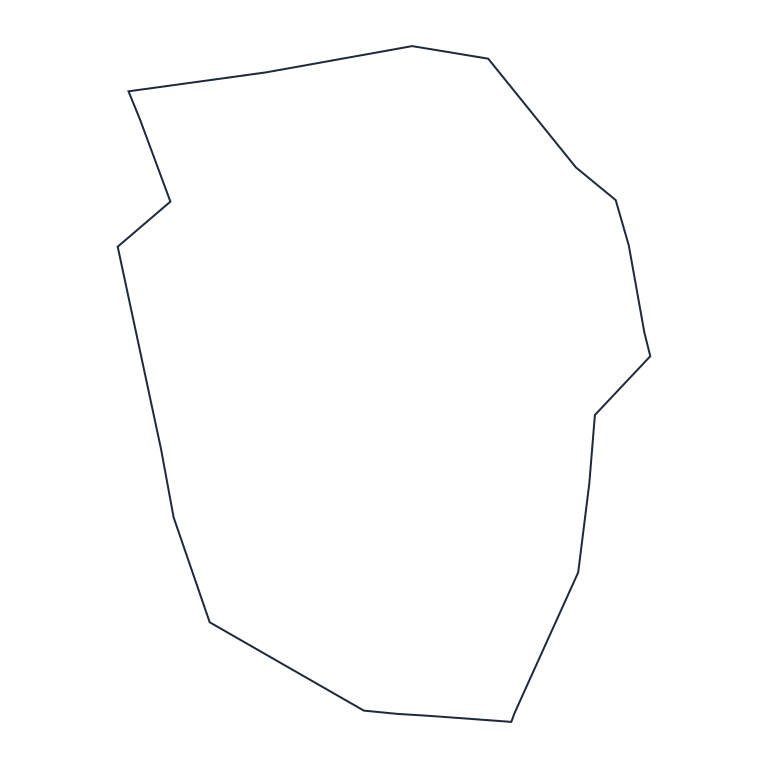 Govi-Ugtaal, Dundgovi, Mongolia
{"feature_id": "93677404B40733241475211", "entity_name": "Govi-Ugtaal", "entity_type": "district", "adm_level": 2, "iso_a3": "MNG", "parent_name": "Mongolia", "parent_adm1": "Dundgovi", "projection": "mercator", "projection_center": [107.52, 45.999], "detail": "fine", "context": "isolated", "style": "outline", "palette": "slate", "viewbox_px": 768, "rotation_deg": 0, "n_neighbors": 0, "source": "geoboundaries", "source_scale": "gbopen_adm2", "svg_char_len": 423}
<svg xmlns="http://www.w3.org/2000/svg" viewBox="0 0 768 768"><path d="M650.3,356.2L644.4,332.7L628.8,245.5L615.7,200.1L576.0,167.5L488.2,58.7L412.1,46.1L265.8,72.4L128.5,91.3L140.0,119.5L170.4,201.6L117.7,246.7L161.2,449.9L173.6,517.3L209.7,622.3L363.8,710.6L397.5,713.9L427.0,715.7L511.3,721.9L514.4,713.5L523.7,692.8L578.2,572.4L589.3,483.5L594.9,415.0L650.3,356.2Z" fill="none" stroke="#1e293b" stroke-width="2"/></svg>